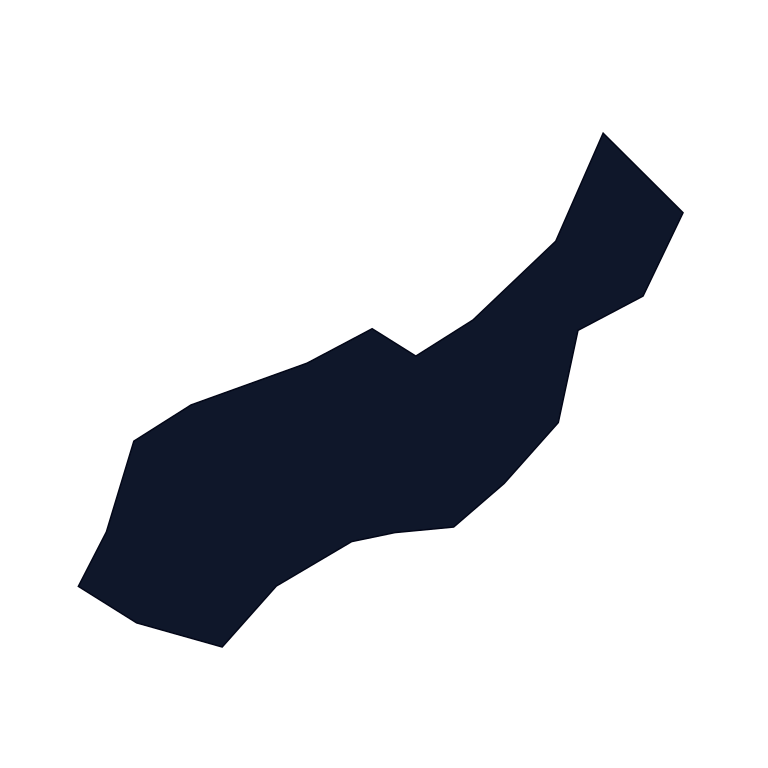 the District of Zvečan, rotated 102°
{"feature_id": "KOS-5892", "entity_name": "Zvečan", "entity_type": "District", "adm_level": 1, "iso_a3": "XKX", "parent_name": "Kosovo", "parent_adm1": "", "projection": "albers", "projection_center": [20.754, 42.971], "detail": "fine", "context": "isolated", "style": "filled", "palette": "ink", "viewbox_px": 768, "rotation_deg": 102, "n_neighbors": 0, "source": "natural_earth", "source_scale": "10m", "svg_char_len": 433}
<svg xmlns="http://www.w3.org/2000/svg" viewBox="0 0 768 768"><g transform="rotate(102 384 384)"><path d="M93.1,221.8L154.3,127.1L244.1,148.9L291.2,205.4L385.5,205.5L456.3,245.8L509.4,286.1L527.1,342.5L544.9,382.9L604.0,447.3L674.9,487.6L669.1,576.3L645.5,640.9L586.4,624.8L491.9,616.8L444.6,568.4L379.6,463.6L332.4,407.1L350.1,358.7L302.9,310.3L208.6,245.7L93.1,221.8Z" fill="#0f172a" stroke="#020617" stroke-width="1.5"/></g></svg>